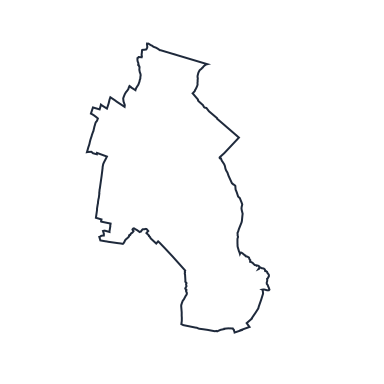 outline of Tatarusi, Suceava, Romania, rotated 43°
{"feature_id": "2599482B10638600477731", "entity_name": "Tatarusi", "entity_type": "district", "adm_level": 2, "iso_a3": "ROU", "parent_name": "Romania", "parent_adm1": "Suceava", "projection": "robinson", "projection_center": [26.571, 47.355], "detail": "fine", "context": "isolated", "style": "outline", "palette": "slate", "viewbox_px": 384, "rotation_deg": 43, "n_neighbors": 0, "source": "geoboundaries", "source_scale": "gbopen_adm2", "svg_char_len": 5953}
<svg xmlns="http://www.w3.org/2000/svg" viewBox="0 0 384 384"><g transform="rotate(43 192 192)"><path d="M116.0,88.1L72.2,109.8L71.8,110.2L69.5,110.5L67.3,111.0L64.7,112.1L63.1,112.2L62.1,112.6L61.2,112.8L58.9,113.2L57.9,114.1L58.1,114.3L58.4,114.8L58.8,115.0L59.6,115.8L60.2,116.2L60.8,117.0L61.3,118.7L61.3,119.0L60.9,119.5L60.1,120.5L59.7,120.9L59.0,121.6L58.7,122.3L60.3,124.3L61.7,126.2L62.8,126.9L63.0,127.2L63.3,127.8L60.9,129.7L61.1,130.3L60.8,131.3L62.0,132.6L63.0,133.4L63.3,133.6L64.8,134.3L65.3,134.8L65.7,135.0L65.8,135.6L66.2,135.9L66.8,135.7L67.2,136.0L67.6,136.0L67.9,136.3L68.3,136.3L68.6,136.6L70.1,138.5L72.0,139.9L73.8,140.8L74.8,141.6L75.8,143.1L76.9,144.4L77.3,145.5L78.3,147.1L79.6,150.2L79.9,152.1L80.3,154.1L80.9,155.5L80.9,155.8L81.1,156.1L75.4,157.2L75.3,156.9L74.0,157.1L74.4,158.4L75.3,160.3L75.6,162.9L75.6,163.9L75.9,165.3L76.1,166.2L77.1,168.8L77.8,170.4L78.2,170.8L80.2,172.5L83.6,174.3L84.6,175.7L75.2,177.3L73.1,177.5L67.7,178.4L68.6,180.5L70.7,184.2L72.9,189.0L67.2,190.1L65.8,190.2L66.8,192.0L68.1,194.6L61.9,197.7L64.6,203.6L66.0,203.2L68.1,202.8L70.9,202.5L73.0,202.4L73.7,204.0L74.1,205.4L74.0,206.1L74.1,206.6L74.4,207.5L75.5,209.6L75.9,210.5L78.4,214.8L78.4,215.1L78.6,215.5L80.0,218.8L80.3,219.2L81.9,222.7L82.9,224.6L84.2,226.8L85.0,228.4L85.4,229.4L86.3,231.2L87.1,232.7L87.4,233.3L88.0,234.5L88.6,233.7L91.0,231.2L93.1,231.2L96.7,229.3L95.9,228.2L105.6,224.1L106.3,226.4L107.4,230.4L108.0,232.1L109.6,234.7L110.4,235.6L111.0,236.5L111.4,237.0L115.3,242.4L122.2,252.3L122.8,253.3L123.6,254.3L124.9,256.1L125.2,256.2L127.8,259.8L128.5,261.1L130.0,263.3L131.0,264.5L131.5,265.4L132.9,267.5L134.0,269.1L134.8,269.9L139.3,276.4L144.5,273.8L145.4,275.4L145.8,275.6L154.0,270.6L154.4,271.1L154.6,271.5L154.8,272.0L155.5,272.6L158.5,277.1L158.9,277.5L154.5,279.8L153.8,280.7L153.5,281.2L156.1,282.7L157.2,284.0L156.2,285.0L155.7,285.7L155.4,286.3L155.2,287.7L154.9,288.1L158.0,289.9L162.6,286.9L163.1,286.5L164.6,285.6L172.6,280.0L174.9,278.3L176.8,277.1L176.9,276.1L176.6,275.2L176.6,274.6L176.5,274.1L176.0,273.2L176.0,272.4L176.0,270.9L176.2,270.1L176.3,267.7L176.1,267.2L175.6,266.7L175.5,266.3L175.6,266.1L176.1,265.7L176.1,265.4L176.0,265.0L175.7,264.4L175.7,263.8L175.9,263.0L176.1,262.6L176.0,260.5L175.7,260.3L174.6,260.3L174.0,260.0L173.9,258.9L174.2,258.3L174.7,258.0L175.3,258.0L178.1,257.3L181.0,257.0L181.2,256.3L181.6,255.9L181.3,253.4L181.4,252.8L182.5,251.8L182.9,251.2L183.1,250.8L183.3,250.6L183.7,250.3L184.0,250.1L186.6,250.4L186.6,251.8L186.7,253.1L190.3,253.2L190.6,253.6L192.2,253.6L193.3,254.1L196.1,254.1L201.0,254.1L200.9,251.2L203.0,251.2L210.3,251.6L221.8,252.4L240.6,254.1L241.1,255.2L241.2,255.4L241.6,255.5L241.9,255.7L242.4,256.7L242.9,257.0L243.2,257.1L247.6,261.3L248.0,261.9L248.7,262.3L249.7,262.2L250.2,262.5L250.4,263.3L251.0,263.9L252.2,264.6L252.3,264.9L252.7,266.8L253.0,267.3L254.5,267.3L254.8,267.4L254.9,267.7L254.8,268.1L255.2,268.5L255.9,268.9L256.6,269.0L257.7,270.0L258.2,271.5L258.2,272.2L259.3,276.2L259.3,276.6L259.4,277.8L260.2,279.8L260.8,281.1L261.1,281.6L261.2,282.0L262.1,283.0L266.6,287.1L268.8,289.5L270.3,290.9L272.5,293.3L274.3,295.9L276.4,295.3L287.0,288.8L288.1,288.0L289.6,287.5L290.5,287.1L293.7,284.8L297.3,282.3L303.6,278.3L304.7,276.9L305.4,276.8L306.9,273.3L309.1,270.2L308.9,269.9L311.5,267.0L314.9,264.0L315.9,264.3L316.5,264.2L317.2,264.7L318.6,265.4L319.0,265.7L322.4,259.4L322.0,259.4L326.1,251.5L321.4,250.6L322.1,244.1L321.9,244.1L321.1,239.0L321.0,238.1L319.9,232.0L318.9,230.1L316.1,223.7L313.3,217.9L312.8,217.4L310.7,215.6L310.4,215.4L310.0,215.5L310.6,214.7L311.4,214.0L312.3,213.5L313.9,212.7L314.4,212.3L315.2,211.5L315.2,210.6L313.4,209.6L312.1,209.1L310.8,208.4L309.4,208.2L308.5,207.4L308.0,206.4L307.6,205.7L307.0,205.0L306.1,204.3L306.1,204.1L306.3,203.8L306.3,203.5L305.8,202.0L305.9,201.6L305.7,201.2L305.1,200.5L304.5,200.1L303.8,200.0L303.1,199.8L302.4,199.8L302.0,199.6L301.4,199.2L299.8,199.4L299.7,199.5L299.5,199.9L299.3,199.9L298.9,199.5L298.2,199.0L297.0,199.0L296.4,199.2L294.9,200.2L294.7,200.3L293.5,200.5L293.3,200.6L293.1,200.8L293.1,201.1L293.2,202.0L293.4,202.5L293.2,203.0L293.1,202.4L292.8,201.4L292.6,201.1L292.4,200.8L291.5,200.6L290.9,200.7L289.6,201.4L289.5,201.8L289.1,201.7L288.4,202.2L287.7,202.6L286.9,202.6L285.9,202.6L285.3,202.5L284.5,202.5L283.0,202.9L282.1,203.4L281.1,202.1L280.3,202.1L280.0,202.0L278.9,201.4L278.4,201.1L276.7,201.5L276.0,201.8L275.4,202.3L275.0,202.4L274.4,202.0L273.4,202.3L270.9,202.4L269.8,202.6L269.4,202.7L269.1,202.9L268.8,203.2L268.9,203.5L269.1,204.0L269.3,204.6L268.0,203.8L266.9,203.4L262.7,200.9L261.8,200.1L261.2,199.4L260.7,199.0L257.4,195.5L257.1,195.1L256.8,194.5L256.4,193.6L256.0,193.2L255.1,192.8L254.6,192.2L253.2,190.9L252.7,189.4L251.6,187.2L249.0,180.5L248.2,179.1L245.2,175.2L244.9,174.8L243.9,173.4L240.7,171.3L239.4,170.3L238.5,169.1L237.8,167.8L237.3,167.0L237.2,166.8L235.3,165.8L232.9,164.7L231.3,163.9L230.5,163.8L230.2,163.9L229.3,163.9L228.7,163.8L225.1,161.8L223.2,160.9L222.4,160.6L221.0,159.4L220.0,158.4L219.3,157.9L217.5,158.1L216.9,158.3L216.8,158.2L216.3,158.3L215.8,158.2L215.3,158.4L207.6,155.2L204.6,153.6L202.7,153.1L201.9,152.8L200.5,152.1L198.4,150.6L196.7,149.8L195.6,149.5L194.6,149.3L193.6,149.0L192.8,148.9L192.0,148.6L190.7,147.9L190.1,147.7L189.8,147.8L189.6,148.3L189.1,148.3L188.7,148.0L188.6,147.7L188.6,147.4L189.1,141.7L189.2,120.2L160.4,121.3L160.0,120.9L149.3,121.4L145.8,120.8L145.2,120.7L143.8,121.6L143.4,121.7L142.9,121.7L141.6,121.3L141.0,121.0L134.9,121.1L134.1,121.0L133.8,120.8L133.6,120.5L133.2,120.3L125.2,119.4L125.3,118.7L125.2,118.2L125.2,116.3L125.1,116.0L124.7,115.3L124.6,114.4L124.3,113.5L124.1,112.7L123.4,110.8L122.8,109.6L121.7,108.6L120.5,107.0L119.7,106.3L119.3,105.6L118.5,104.7L117.7,104.2L116.9,103.3L115.5,100.8L115.1,99.8L114.6,97.9L114.6,97.1L114.9,95.4L114.8,94.2L115.0,93.6L114.9,93.2L114.8,92.1L115.0,90.6L115.4,89.0L116.0,88.1Z" fill="none" stroke="#1e293b" stroke-width="2"/></g></svg>